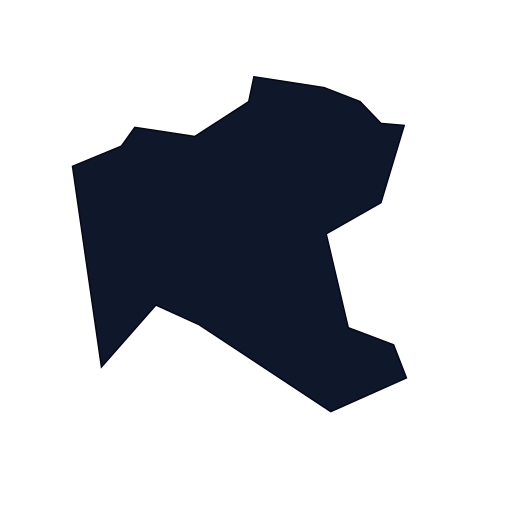 the Metropolitan Borough of Solihull, rotated 162°
{"feature_id": "GBR-5695", "entity_name": "Solihull", "entity_type": "Metropolitan Borough", "adm_level": 1, "iso_a3": "GBR", "parent_name": "United Kingdom", "parent_adm1": "", "projection": "robinson", "projection_center": [-1.737, 52.417], "detail": "fine", "context": "isolated", "style": "filled", "palette": "ink", "viewbox_px": 512, "rotation_deg": 162, "n_neighbors": 0, "source": "natural_earth", "source_scale": "10m", "svg_char_len": 407}
<svg xmlns="http://www.w3.org/2000/svg" viewBox="0 0 512 512"><g transform="rotate(162 256 256)"><path d="M437.3,198.2L402.8,398.0L350.1,402.1L331.5,415.8L277.3,388.6L215.2,405.1L202.6,427.1L139.2,395.1L109.3,370.7L96.2,343.5L74.7,334.4L120.7,268.1L182.4,255.4L190.4,159.3L152.6,129.0L150.6,93.6L233.0,84.9L331.4,208.3L366.4,240.3L437.3,198.2Z" fill="#0f172a" stroke="#020617" stroke-width="1.5"/></g></svg>